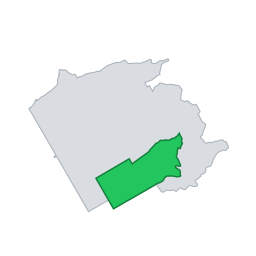 North Darfur highlighted on a map of Sudan, rotated 240°
{"feature_id": "SDN-881", "entity_name": "North Darfur", "entity_type": "State", "adm_level": 1, "iso_a3": "SDN", "parent_name": "Sudan", "parent_adm1": "", "projection": "robinson", "projection_center": [25.452, 15.918], "detail": "fine", "context": "in_parent", "style": "filled", "palette": "green", "viewbox_px": 256, "rotation_deg": 240, "n_neighbors": 0, "source": "natural_earth", "source_scale": "10m", "svg_char_len": 5551}
<svg xmlns="http://www.w3.org/2000/svg" viewBox="0 0 256 256"><g transform="rotate(240 128 128)"><path d="M168.0,197.2L166.1,197.2L165.9,196.7L165.9,195.3L166.1,194.2L166.8,192.6L166.6,191.7L166.7,190.3L166.2,188.9L161.6,184.6L160.7,183.4L158.2,182.3L158.7,181.1L157.6,172.4L158.1,171.4L158.2,169.8L158.2,168.5L158.8,166.2L158.8,165.3L154.0,165.2L153.9,166.2L154.1,167.3L154.1,167.7L147.4,167.7L150.1,171.2L150.2,172.7L150.1,174.5L150.1,175.7L150.3,176.5L151.0,178.1L151.0,178.4L150.8,178.7L146.1,183.3L145.3,185.4L144.6,186.5L143.3,188.4L138.9,193.3L138.2,193.6L134.8,193.8L134.5,193.9L134.3,194.1L134.1,194.1L131.2,191.2L126.4,187.8L123.3,189.6L122.4,190.2L122.4,191.9L121.9,192.7L121.0,193.7L118.7,194.2L117.5,194.7L116.0,195.7L114.6,197.2L114.5,198.1L114.6,198.8L106.5,198.8L106.0,198.2L104.8,195.6L104.0,195.7L96.6,195.4L95.5,195.7L93.4,196.8L92.4,197.0L91.3,196.5L87.4,191.4L86.5,190.8L85.7,189.5L84.8,189.0L84.5,188.6L84.5,188.1L84.5,187.0L84.2,186.3L83.6,186.1L78.4,187.3L77.6,187.2L76.5,187.4L76.1,187.6L75.7,188.2L75.6,189.6L75.5,190.3L75.1,191.1L73.6,192.8L73.3,193.6L73.3,195.5L73.2,196.5L73.0,196.9L72.4,197.6L72.1,198.1L71.9,200.5L71.1,202.0L70.9,202.5L70.8,203.5L70.7,203.9L68.3,204.7L67.4,205.3L66.9,206.1L66.8,206.4L65.7,206.1L64.5,205.9L62.0,205.7L61.0,205.3L60.5,204.7L60.7,203.2L60.4,202.9L60.0,202.6L59.8,202.0L59.8,201.2L61.1,199.5L61.4,198.6L61.8,194.3L61.7,193.0L60.6,190.6L58.3,186.5L57.7,185.7L54.7,182.3L54.4,181.8L53.7,180.3L54.5,177.2L54.5,176.3L54.3,175.4L53.6,174.7L52.9,174.6L52.0,173.8L51.5,173.4L51.0,172.7L50.6,171.6L50.9,167.9L50.7,167.4L49.9,167.3L49.8,167.0L49.8,166.3L49.4,164.2L48.9,162.4L49.2,161.5L48.6,160.1L47.4,159.6L45.0,160.0L44.3,159.9L43.8,159.7L43.4,159.2L43.2,158.6L43.4,157.8L44.1,156.2L44.9,154.9L46.6,153.7L47.1,153.1L47.3,152.4L47.4,151.6L47.3,150.7L47.1,150.0L46.6,148.9L46.1,147.7L46.1,146.9L46.3,146.4L46.8,145.7L48.5,144.3L50.2,143.1L50.5,142.7L50.4,142.3L49.6,141.3L49.4,139.5L48.9,138.2L49.8,137.3L50.5,136.9L51.5,136.6L51.9,136.2L52.0,135.5L52.0,134.8L52.3,134.2L52.8,133.0L53.2,132.5L54.5,131.2L54.8,130.3L54.9,129.4L54.6,126.9L55.3,125.8L56.3,124.9L57.7,125.0L59.9,124.8L61.4,124.4L62.4,124.4L64.8,124.9L65.1,124.7L65.2,124.0L65.3,75.1L75.2,75.1L75.3,75.1L75.3,52.0L137.7,52.0L138.3,51.9L139.2,49.7L139.6,49.6L140.3,49.7L140.5,50.2L140.0,52.0L194.5,51.9L194.6,54.6L195.1,56.7L196.7,59.7L198.0,61.3L198.5,62.2L198.6,62.7L198.5,63.0L198.1,62.6L197.4,62.3L197.4,63.7L197.8,66.6L198.3,68.6L198.0,70.5L198.1,73.7L198.9,77.5L198.8,79.9L200.0,85.6L201.1,88.8L201.8,89.5L202.5,89.9L203.8,90.2L205.7,91.8L207.3,93.5L207.9,94.4L208.6,95.4L209.1,95.2L209.4,94.9L209.9,95.7L212.4,97.4L212.8,98.2L211.9,99.0L210.9,100.3L210.5,101.5L210.2,101.9L209.4,102.7L209.3,103.1L208.9,103.3L208.6,103.3L207.7,103.8L207.0,103.6L206.2,103.9L206.0,104.1L205.4,104.4L204.5,104.5L203.3,105.6L202.2,106.1L201.8,106.5L201.3,108.6L200.9,109.1L199.2,109.2L198.4,109.4L197.3,109.1L196.8,109.2L196.7,109.6L196.5,111.4L196.6,112.2L195.7,114.2L196.0,118.0L195.1,120.9L195.0,121.5L194.2,123.8L193.7,124.6L192.6,128.8L192.2,130.1L191.3,131.5L192.4,141.6L191.6,144.8L191.6,146.4L191.1,149.0L190.7,150.1L189.9,151.5L189.3,153.1L188.8,155.1L188.5,159.0L188.3,159.4L185.4,159.9L184.5,160.1L183.9,160.6L183.1,161.6L181.7,164.3L180.9,166.0L179.7,168.3L178.3,169.9L178.0,170.7L177.8,172.2L177.3,174.5L176.8,176.2L176.9,177.5L176.5,179.8L176.6,181.0L176.1,181.6L175.4,182.2L175.0,182.3L172.9,180.8L171.5,181.8L170.6,183.3L169.9,184.9L170.4,188.1L170.3,188.8L170.1,189.5L168.8,192.7L168.4,194.1L168.0,196.6L168.0,197.2Z" fill="#d9dde1" stroke="#a8b0b8" stroke-width="1"/><path d="M74.2,75.1L75.2,75.1L75.3,75.1L75.5,75.1L100.5,75.1L100.7,113.6L95.1,113.6L94.9,113.9L97.1,134.5L97.6,135.0L98.1,136.0L99.2,139.8L100.7,144.6L100.3,147.3L100.3,147.5L101.0,148.7L101.1,149.2L101.0,149.6L100.9,150.2L100.9,150.3L100.8,150.5L99.7,151.8L99.6,152.0L99.5,152.3L99.5,153.2L99.4,153.3L99.2,153.8L99.0,154.2L98.8,154.6L97.3,156.8L97.0,157.4L96.9,157.6L96.8,159.2L96.9,160.6L96.9,160.8L96.8,161.1L96.6,161.9L96.0,162.9L96.0,163.1L96.0,163.5L96.4,165.1L96.4,165.4L96.3,165.8L96.3,166.4L96.3,166.5L96.9,167.5L97.0,167.8L97.1,168.1L97.1,168.4L97.8,169.8L96.3,169.5L92.3,169.5L92.0,169.4L91.5,169.2L91.0,168.8L90.5,168.2L90.3,168.0L90.0,167.8L89.4,167.6L89.0,167.5L88.6,167.6L88.3,167.6L87.9,167.6L87.6,167.4L87.0,166.8L86.0,165.1L85.2,164.1L84.5,163.5L84.3,163.1L84.1,162.9L84.2,162.7L84.3,162.5L84.5,162.4L85.5,162.1L85.8,161.8L85.8,161.5L85.6,161.3L85.5,161.1L83.3,159.1L82.8,158.8L81.4,157.9L79.5,156.0L79.2,155.8L78.9,155.6L78.4,155.5L78.0,155.5L76.4,155.6L74.7,155.6L71.6,155.1L69.7,154.9L69.3,154.8L69.1,154.6L68.9,154.3L68.9,154.0L69.1,153.6L69.3,153.3L70.7,151.8L71.1,151.2L71.2,150.9L71.3,150.7L71.3,150.2L71.1,149.9L70.9,149.7L70.6,149.7L70.2,149.6L69.8,149.7L69.4,149.8L67.7,150.5L66.1,151.5L65.7,151.7L65.2,151.7L64.9,151.7L64.2,151.3L63.1,150.9L62.8,150.8L62.5,150.5L62.2,150.2L61.9,150.0L61.6,149.9L61.3,149.8L60.8,149.8L60.5,149.8L60.3,149.7L60.1,149.3L60.2,148.7L60.5,147.6L61.2,146.1L64.5,142.2L66.6,138.2L66.8,137.7L66.9,137.3L66.9,136.9L66.9,136.4L66.7,135.3L66.4,134.6L66.1,134.0L65.7,133.4L65.2,132.8L65.0,132.4L64.8,131.8L64.8,131.1L64.8,129.4L64.7,128.8L65.4,124.9L65.2,124.7L65.2,124.0L65.2,121.3L65.2,118.6L65.2,115.9L65.2,113.2L65.2,110.5L65.2,107.8L65.2,105.2L65.2,102.5L65.2,99.8L65.2,97.1L65.2,94.4L65.3,91.7L65.3,89.0L65.3,86.3L65.3,83.6L65.3,80.9L65.3,79.5L65.3,78.0L65.3,76.6L65.3,75.1L66.9,75.1L67.8,75.1L68.9,75.1L70.2,75.1L71.5,75.1L72.7,75.1L74.2,75.1Z" fill="#22c55e" stroke="#15803d" stroke-width="1.5"/></g></svg>